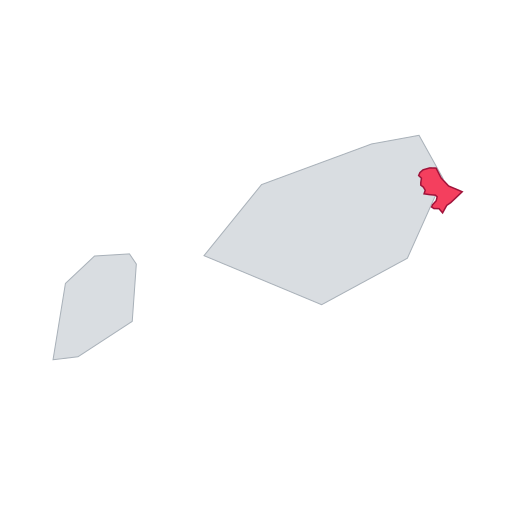 Malta, with Birżebbuġa highlighted, rotated 293°
{"feature_id": "MLT-5968", "entity_name": "Birżebbuġa", "entity_type": "state/province", "adm_level": 1, "iso_a3": "MLT", "parent_name": "Malta", "parent_adm1": "", "projection": "equal_earth", "projection_center": [14.516, 35.821], "detail": "fine", "context": "in_parent", "style": "filled", "palette": "rose", "viewbox_px": 512, "rotation_deg": 293, "n_neighbors": 0, "source": "natural_earth", "source_scale": "10m", "svg_char_len": 747}
<svg xmlns="http://www.w3.org/2000/svg" viewBox="0 0 512 512"><g transform="rotate(293 256 256)"><path d="M430.8,358.9L400.4,397.9L313.1,396.2L236.8,335.4L236.0,208.0L323.9,233.2L404.3,318.6L430.8,358.9ZM201.8,149.0L147.5,167.6L93.7,131.5L81.2,109.7L156.3,91.3L192.9,107.4L208.5,138.7L201.8,149.0Z" fill="#d9dde1" stroke="#a8b0b8" stroke-width="1"/><path d="M407.3,387.4L400.2,395.8L395.7,405.9L395.7,420.7L381.2,414.4L377.2,411.8L368.6,410.9L370.0,408.1L371.1,406.0L369.2,401.3L369.7,398.5L372.2,398.5L377.3,400.3L381.3,399.6L382.1,397.4L380.2,391.4L378.9,386.4L382.6,386.1L384.8,383.2L385.6,380.0L388.0,379.0L392.3,377.9L393.6,374.3L396.9,374.3L400.6,376.1L404.9,381.4L407.3,387.4Z" fill="#f43f5e" stroke="#9f1239" stroke-width="1.5"/></g></svg>